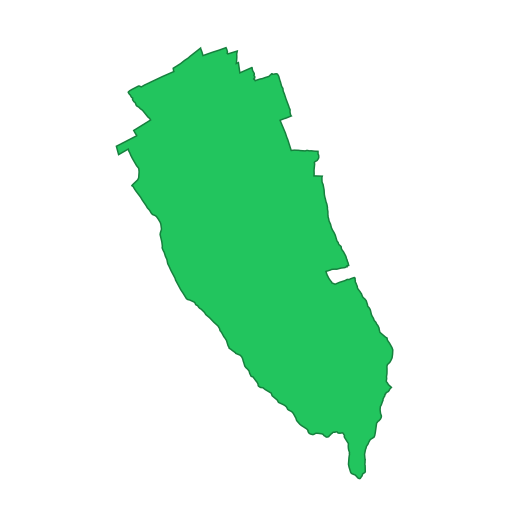 the district of Pancesti, Neamt, Romania, rotated 191°
{"feature_id": "2599482B84099352345268", "entity_name": "Pancesti", "entity_type": "district", "adm_level": 2, "iso_a3": "ROU", "parent_name": "Romania", "parent_adm1": "Neamt", "projection": "albers", "projection_center": [27.134, 46.914], "detail": "fine", "context": "isolated", "style": "filled", "palette": "green", "viewbox_px": 512, "rotation_deg": 191, "n_neighbors": 0, "source": "geoboundaries", "source_scale": "gbopen_adm2", "svg_char_len": 6089}
<svg xmlns="http://www.w3.org/2000/svg" viewBox="0 0 512 512"><g transform="rotate(191 256 256)"><path d="M373.1,424.5L372.2,422.0L371.8,421.4L381.8,414.5L398.0,402.6L400.8,400.1L403.2,400.6L403.8,400.4L409.5,395.9L411.5,394.1L412.6,392.7L412.6,392.2L411.2,390.7L410.1,390.0L409.0,388.6L408.4,388.0L407.2,387.5L407.1,386.3L406.9,385.8L405.2,384.1L404.3,383.8L403.8,383.4L402.2,380.9L401.6,380.5L399.5,379.8L397.6,378.5L395.2,377.4L388.6,371.8L386.7,370.8L385.4,369.4L400.0,355.9L397.1,352.5L396.4,352.0L396.1,351.5L396.1,351.2L414.0,337.1L410.2,329.3L401.8,336.6L401.0,334.9L399.8,333.5L398.1,330.9L395.9,328.1L390.4,321.8L388.3,320.1L387.7,319.3L386.8,316.3L386.1,310.5L386.3,309.5L386.7,308.1L390.2,303.2L391.3,301.5L391.1,301.2L390.0,300.9L388.1,298.7L386.1,296.7L380.6,291.8L378.2,289.1L373.7,284.7L371.9,282.6L369.2,280.6L366.9,278.0L365.5,277.0L362.9,276.5L361.3,275.8L358.9,273.5L356.4,270.7L355.5,269.1L354.0,264.7L353.9,263.9L354.3,260.4L354.2,258.7L351.1,251.8L349.8,247.8L349.7,246.2L349.4,245.6L348.0,243.5L346.8,242.1L344.9,238.5L342.8,235.6L341.4,232.1L340.9,231.2L339.6,229.6L336.6,225.4L331.2,218.7L330.7,217.8L330.5,217.2L323.4,208.5L320.6,205.7L316.1,200.8L314.6,200.2L312.8,200.2L308.0,199.0L307.1,198.5L306.0,196.9L305.4,196.5L303.9,196.2L302.5,194.8L301.4,194.0L299.6,193.3L295.8,190.8L294.1,188.9L289.7,186.5L284.8,183.0L280.0,180.1L278.0,177.9L277.0,175.8L276.4,175.5L274.8,173.9L272.2,170.7L270.9,169.6L268.9,167.5L266.3,162.6L265.1,161.3L265.0,160.6L263.7,159.9L263.2,159.8L261.0,158.6L259.5,158.0L258.9,157.6L257.8,157.2L257.4,156.6L257.1,156.5L252.6,155.6L250.8,154.3L249.8,153.0L249.1,151.8L248.6,150.6L247.6,148.9L246.0,145.8L244.6,144.5L242.6,143.3L240.8,141.7L239.7,139.4L238.6,138.1L238.3,137.4L237.5,136.9L236.1,136.8L235.6,136.5L231.9,133.1L231.3,132.7L229.7,130.9L229.0,129.0L228.6,128.7L226.6,127.8L224.0,128.0L221.6,126.7L214.9,124.3L213.5,121.9L207.6,118.6L206.0,116.6L201.2,115.4L199.3,114.8L197.6,113.9L196.8,113.1L195.6,111.5L194.5,111.0L191.7,110.2L190.4,109.5L189.1,108.3L185.8,104.3L185.0,102.7L184.2,101.8L181.0,99.3L179.2,98.3L173.4,96.0L172.4,95.3L171.6,94.7L171.7,94.2L170.8,92.8L169.8,92.0L168.2,91.6L166.3,91.5L165.4,91.8L163.6,93.3L163.2,93.5L161.1,93.8L157.6,94.0L156.3,93.8L154.8,92.6L153.7,92.3L152.9,91.8L152.1,91.7L150.9,92.1L150.1,92.6L149.6,93.8L148.7,94.8L148.2,95.9L147.5,96.4L147.1,97.3L146.3,97.8L144.8,98.1L144.3,98.5L143.3,98.8L142.9,98.8L141.7,97.9L141.1,97.9L140.5,98.1L139.9,98.0L137.5,98.9L137.0,98.8L135.9,97.8L134.9,96.6L134.9,95.4L134.3,94.6L129.5,89.5L129.2,87.1L128.7,85.1L128.0,83.2L126.8,81.2L126.7,80.0L126.4,79.4L126.3,76.1L125.5,69.2L124.4,66.6L121.9,61.9L121.1,61.0L120.2,60.6L116.7,59.9L113.5,57.5L112.1,57.2L111.4,57.4L111.2,57.6L110.5,59.3L110.0,60.2L109.7,62.5L107.9,64.2L107.7,64.5L107.6,65.3L108.9,71.1L109.4,72.2L109.6,74.5L109.8,75.3L110.0,77.3L110.3,77.5L111.6,82.1L111.6,87.0L111.3,88.5L111.3,90.1L110.1,92.9L109.8,94.7L108.8,97.6L105.5,100.8L105.2,102.5L105.2,105.5L105.7,114.8L105.6,115.2L105.3,115.7L104.7,117.0L103.9,117.7L102.7,119.8L102.3,121.4L102.3,122.6L102.5,123.2L103.7,125.2L104.9,128.9L105.2,132.0L104.6,133.7L104.1,137.3L103.8,138.3L104.0,139.8L103.3,142.4L103.0,142.9L102.9,143.9L103.1,144.8L102.9,145.0L102.5,145.2L102.1,146.7L100.2,148.3L99.7,149.4L99.3,150.8L98.0,152.9L101.5,155.0L102.6,156.3L104.0,157.5L104.3,158.1L104.3,160.4L104.9,162.5L105.0,165.3L105.3,167.2L105.9,170.4L106.4,172.4L106.4,173.7L106.2,174.6L104.4,177.1L103.7,179.1L103.1,181.4L103.0,182.3L103.2,185.7L103.8,189.9L105.0,192.0L108.4,196.0L109.7,197.2L110.8,198.3L111.2,199.0L111.7,200.5L113.3,201.0L119.8,204.7L121.0,207.3L121.5,208.8L123.2,211.1L124.4,212.0L125.7,213.8L127.7,215.3L128.8,217.2L130.5,219.1L131.6,220.7L133.4,224.7L134.1,225.7L135.2,226.9L136.7,227.9L137.3,229.5L139.2,233.0L140.7,234.4L143.1,235.8L144.0,236.9L145.5,239.4L146.3,239.8L146.7,240.5L149.8,243.3L150.5,244.4L150.8,245.6L151.4,246.3L152.5,248.2L153.6,249.5L153.9,251.1L154.2,251.6L154.5,253.1L155.0,253.0L155.4,253.6L155.7,253.5L158.8,251.7L160.0,250.7L162.0,250.4L164.0,248.8L168.8,246.2L173.1,243.3L173.8,243.6L176.4,244.1L176.8,244.9L178.1,245.9L180.2,247.9L182.8,251.3L184.4,254.2L180.7,256.2L179.1,257.3L177.1,257.9L174.1,258.5L170.2,260.4L166.5,261.6L165.3,262.6L164.5,262.8L164.5,263.1L164.8,263.7L163.2,264.4L164.5,267.2L165.5,268.5L165.7,269.4L166.4,270.2L167.7,272.8L170.9,276.8L172.9,278.6L173.7,279.8L174.1,281.2L174.5,281.7L176.9,283.1L177.6,284.2L178.0,285.1L178.7,285.5L179.5,286.4L182.2,291.6L183.8,293.8L185.8,296.0L187.4,298.2L188.9,301.4L190.9,304.2L192.0,306.9L192.7,308.0L192.9,309.1L193.3,310.2L193.9,313.3L194.9,315.9L195.1,317.2L196.0,319.6L196.7,321.1L197.5,322.3L198.9,325.5L199.6,326.8L200.6,329.3L201.8,333.9L203.8,339.0L204.8,340.4L205.4,341.6L206.2,345.2L206.3,346.0L206.2,347.0L214.4,345.7L214.6,347.7L215.4,351.2L216.0,357.6L216.6,358.7L216.5,359.2L216.3,359.6L214.2,361.5L213.3,363.6L213.2,364.9L213.6,366.5L213.9,367.2L214.5,367.8L215.1,370.6L218.3,370.1L222.0,369.8L223.6,369.4L226.1,369.4L227.4,368.7L228.0,368.5L232.9,367.9L234.1,367.9L238.6,367.2L241.6,366.3L247.1,376.4L248.5,378.5L250.6,382.3L258.3,393.8L254.4,396.3L253.1,396.9L248.1,400.2L248.5,400.5L249.0,401.2L250.1,403.8L250.4,405.8L250.6,406.4L251.7,407.8L252.4,409.2L256.6,416.0L259.2,420.7L260.8,423.1L261.6,425.7L263.0,427.2L263.5,428.0L265.3,431.7L266.0,432.8L268.0,436.8L269.6,438.6L270.4,438.8L271.3,438.6L272.1,438.4L273.0,437.9L274.4,437.6L274.7,437.9L275.1,438.0L275.6,437.7L275.8,437.0L276.4,436.5L277.2,435.2L278.0,434.5L280.9,433.0L283.7,431.3L285.8,430.5L288.8,428.8L290.2,427.9L291.1,428.9L291.7,429.0L292.1,429.3L291.9,430.1L291.3,430.4L291.2,430.7L291.4,431.6L291.6,432.1L292.4,432.6L292.6,432.9L292.3,433.8L292.6,434.9L294.5,437.1L295.3,438.6L295.7,440.0L296.0,440.2L306.8,432.7L310.2,442.5L312.1,441.2L312.2,443.0L312.7,447.1L313.1,449.0L313.5,450.6L313.5,453.6L322.2,449.0L323.1,449.6L322.9,450.8L324.1,453.2L325.2,454.8L331.4,451.1L337.8,447.6L346.3,442.6L347.9,445.8L350.0,449.2L350.1,449.5L359.0,439.2L360.2,437.5L363.6,434.2L366.7,430.5L373.1,424.5Z" fill="#22c55e" stroke="#15803d" stroke-width="1.5"/></g></svg>